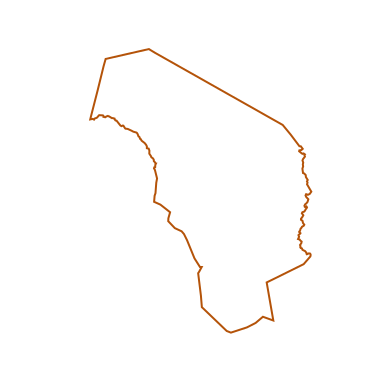 Santa María Yalina, Oaxaca, Mexico (Robinson projection), rotated 25°
{"feature_id": "50627088B95350580088580", "entity_name": "Santa María Yalina", "entity_type": "district", "adm_level": 2, "iso_a3": "MEX", "parent_name": "Mexico", "parent_adm1": "Oaxaca", "projection": "robinson", "projection_center": [-96.293, 17.264], "detail": "fine", "context": "isolated", "style": "outline", "palette": "amber", "viewbox_px": 384, "rotation_deg": 25, "n_neighbors": 0, "source": "geoboundaries", "source_scale": "gbopen_adm2", "svg_char_len": 2541}
<svg xmlns="http://www.w3.org/2000/svg" viewBox="0 0 384 384"><g transform="rotate(25 192 192)"><path d="M320.0,274.1L297.9,242.4L302.1,237.2L323.7,210.2L326.5,200.4L326.2,199.1L325.8,198.4L325.0,197.9L323.9,198.2L323.3,198.7L323.1,199.2L322.4,199.9L322.0,199.7L321.3,198.7L319.6,197.8L316.6,197.7L315.5,196.7L315.1,196.6L314.2,196.8L313.4,196.2L313.2,195.2L312.3,194.4L312.7,192.1L312.3,190.6L310.7,190.2L309.6,189.6L308.0,189.8L308.0,188.1L308.0,187.3L306.9,186.4L306.7,185.9L307.7,183.9L307.7,183.5L306.1,183.0L305.9,182.5L306.3,181.6L305.9,179.3L306.3,178.4L306.4,177.0L307.5,175.4L307.6,174.2L305.7,173.2L304.3,171.4L302.5,171.1L302.1,170.2L302.6,167.9L302.7,166.0L300.6,164.9L300.6,163.7L302.0,162.3L302.3,161.0L302.3,159.7L302.7,158.2L302.7,157.3L301.9,156.8L301.6,157.5L300.5,157.8L299.7,156.9L299.8,155.2L300.4,154.1L300.9,152.2L300.5,149.4L297.7,148.3L296.4,147.2L296.3,145.8L296.8,145.6L298.2,145.6L299.5,144.0L300.0,141.3L293.0,136.4L292.7,134.6L291.7,133.8L291.8,132.2L288.9,130.3L287.9,128.6L285.9,127.8L284.6,127.9L282.2,124.2L281.9,121.8L280.8,120.2L280.4,118.4L278.8,116.7L278.7,115.2L279.4,112.2L278.2,110.9L278.4,110.2L276.9,109.9L276.6,110.0L276.0,110.7L275.5,110.7L271.9,109.8L271.7,108.9L273.4,107.7L274.1,106.1L271.3,104.6L270.0,105.1L257.2,98.3L245.9,92.9L184.3,88.1L99.8,81.5L92.5,80.7L57.5,107.9L58.7,115.3L63.5,139.6L68.5,166.3L69.1,169.2L71.1,167.7L72.6,167.8L72.7,166.6L74.3,165.0L74.7,164.0L74.9,163.1L75.4,161.6L78.9,160.2L79.8,160.6L80.0,161.3L81.3,161.0L81.7,161.0L82.0,160.6L82.4,159.8L83.6,158.6L84.2,158.7L84.9,158.5L88.2,158.9L88.9,158.5L90.8,158.2L91.1,158.8L92.5,159.5L93.4,159.2L99.0,162.0L100.3,162.1L101.2,161.0L101.8,160.9L104.5,162.6L105.0,162.7L106.4,162.2L107.2,162.0L109.4,162.0L111.6,162.0L112.5,162.1L113.5,162.1L115.3,161.8L116.0,161.7L116.6,161.6L117.4,161.9L118.0,162.3L118.9,163.1L120.0,164.2L121.0,164.3L122.6,165.8L123.1,165.7L124.7,166.8L127.8,167.5L128.3,167.6L130.4,168.6L131.8,169.7L132.6,171.4L134.4,171.0L135.9,172.5L137.1,175.3L139.6,176.8L140.5,177.7L142.3,178.0L143.6,178.8L144.4,180.2L146.3,180.9L146.9,181.8L147.3,181.6L147.3,183.0L148.1,185.0L147.4,185.6L147.6,186.7L148.5,187.2L149.5,188.2L154.6,194.5L155.7,198.7L159.4,208.5L159.7,211.2L161.8,216.9L168.7,216.8L180.7,219.6L181.7,225.8L182.8,228.5L191.7,232.0L199.2,232.0L202.5,233.5L207.9,237.8L222.3,251.1L230.9,256.6L232.5,255.9L232.2,260.5L232.2,261.0L231.9,263.0L243.9,282.2L249.6,292.2L282.2,303.3L286.7,303.0L299.0,291.5L305.0,283.8L309.0,275.1L320.0,274.1Z" fill="none" stroke="#b45309" stroke-width="2"/></g></svg>